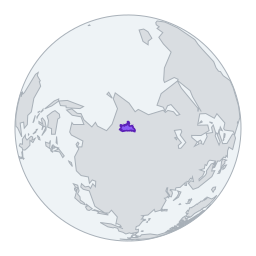 Uttar Pradesh on an orthographic globe, rotated 152°
{"feature_id": "IND-3253", "entity_name": "Uttar Pradesh", "entity_type": "State", "adm_level": 1, "iso_a3": "IND", "parent_name": "India", "parent_adm1": "", "projection": "orthographic", "projection_center": [80.221, 27.157], "detail": "medium", "context": "on_globe", "style": "filled", "palette": "violet", "viewbox_px": 256, "rotation_deg": 152, "n_neighbors": 0, "source": "natural_earth", "source_scale": "10m", "svg_char_len": 11912}
<svg xmlns="http://www.w3.org/2000/svg" viewBox="0 0 256 256"><g transform="rotate(152 128 128)"><circle cx="128" cy="128" r="113" fill="#eef3f6" stroke="#a8b0b8"/><path d="M161.6,20.5L168.3,23.5L173.5,25.7L170.0,24.5L181.8,30.0L187.4,33.9L179.2,28.8L176.9,27.8L179.8,29.9L178.1,29.4L178.5,30.3L176.2,29.6L171.5,27.1L170.0,26.7L172.1,28.3L171.1,28.9L168.2,26.6L166.2,27.4L158.1,24.0L152.2,19.7L145.9,18.4L134.9,16.0L134.0,16.1L129.3,15.8L126.5,15.9L125.2,15.7L124.1,16.1L125.8,16.3L125.9,16.6L124.4,16.8L122.5,16.5L123.0,16.3L121.7,16.4L121.4,16.1L120.7,16.4L118.6,16.2L118.5,16.8L115.0,16.9L114.2,16.7L117.2,16.2L121.0,15.6L129.3,15.4L137.4,15.8L145.6,16.7L153.6,18.3L161.6,20.5ZM107.5,17.2L108.7,17.1L105.2,17.8L100.6,18.8L98.8,19.2L107.5,17.2ZM96.3,19.9L95.9,20.1L90.8,21.7L96.3,19.9ZM177.6,27.6L175.8,26.6L178.1,27.8L177.6,27.6ZM179.0,30.5L180.0,31.1L179.8,31.3L179.0,30.5ZM110.4,16.7L109.6,16.9L110.4,16.7ZM112.2,16.5L112.9,16.4L113.8,16.3L113.4,16.3L112.2,16.5ZM176.0,30.6L175.3,31.1L175.2,30.2L176.0,30.6ZM111.2,16.7L115.4,16.1L117.1,15.9L116.9,16.1L111.2,16.7ZM174.4,31.0L172.8,32.4L174.9,33.5L167.8,31.3L171.6,30.7L171.1,29.3L172.7,30.5L174.4,31.0ZM127.0,16.3L125.1,16.1L128.0,16.1L127.0,16.3ZM128.8,16.2L137.6,16.4L139.6,17.0L136.3,16.7L140.0,17.6L136.6,17.8L133.8,17.3L133.2,16.9L132.4,17.3L128.8,16.2ZM164.2,30.1L163.1,30.1L163.4,29.6L164.2,30.1ZM126.1,16.7L127.7,16.6L129.6,17.1L126.7,17.4L127.0,17.1L126.1,16.7ZM142.6,17.8L143.4,18.4L141.0,18.6L141.0,18.9L136.7,17.8L142.6,17.8ZM125.8,17.1L125.2,17.6L123.0,17.6L124.7,16.9L125.8,17.1ZM131.3,17.1L132.0,17.4L130.6,17.3L131.3,17.1ZM114.7,18.3L116.6,18.0L117.7,18.2L114.7,18.3ZM125.1,17.8L125.8,17.8L126.5,17.9L125.6,18.2L125.1,17.8ZM135.2,18.2L134.0,18.2L136.8,18.6L135.1,19.0L132.6,18.3L132.9,18.7L132.4,18.9L130.9,18.2L135.2,18.2ZM126.7,18.9L122.9,18.4L119.1,18.9L118.0,18.7L124.2,17.9L126.7,18.9ZM129.3,18.5L127.4,18.7L127.0,18.2L128.0,17.8L129.3,18.5ZM134.8,19.5L138.2,19.2L138.6,19.4L134.8,19.5ZM125.7,19.1L126.6,19.2L125.5,19.2L125.7,19.1ZM132.1,19.4L133.2,19.2L133.7,19.5L132.1,19.4ZM127.6,19.7L126.3,19.5L127.0,19.2L127.6,19.7ZM129.7,19.7L130.1,20.0L128.0,19.2L130.1,19.5L129.7,19.7ZM132.4,19.7L133.0,19.7L131.8,19.7L132.4,19.7ZM125.8,21.2L123.0,20.3L124.4,19.5L127.0,20.5L125.8,21.2ZM20.1,95.6L21.6,91.4L24.3,84.7L36.8,72.2L36.7,75.8L43.5,80.7L43.8,82.5L40.1,87.0L42.8,98.9L47.2,96.1L52.5,104.2L58.0,106.8L65.2,97.8L56.2,93.2L57.6,87.6L67.1,87.1L75.3,91.6L76.1,89.6L73.4,83.1L77.8,80.7L72.7,80.6L72.9,83.1L69.7,83.3L69.4,81.0L70.9,80.2L69.2,78.2L62.2,83.2L61.6,86.4L55.4,84.3L53.9,89.4L51.3,90.6L52.9,82.4L54.7,80.1L55.6,70.2L53.2,72.3L52.2,82.0L51.4,80.5L48.1,84.0L50.0,80.3L51.7,69.7L47.8,67.9L38.5,73.6L37.1,72.4L37.9,68.5L45.7,59.9L47.9,63.7L50.7,61.2L53.9,55.8L54.3,57.6L55.9,56.0L57.1,57.4L62.5,55.6L64.3,56.8L69.9,52.6L71.6,52.8L67.8,55.1L66.1,57.6L70.9,61.2L72.9,60.8L76.2,58.0L77.1,59.5L79.7,56.3L84.2,57.3L80.8,53.6L84.6,50.6L89.3,49.6L89.9,48.0L82.3,49.8L79.8,51.2L78.7,53.4L71.4,57.2L68.9,56.8L74.3,50.7L71.4,49.6L76.8,45.7L94.0,42.5L99.4,43.3L100.7,50.7L97.4,52.0L95.3,49.9L94.0,54.6L95.7,52.9L96.4,54.3L100.2,52.2L101.0,53.2L103.4,49.8L104.7,50.7L103.1,52.9L109.9,51.1L113.6,52.7L114.7,51.9L114.9,50.6L119.5,53.8L120.1,53.1L118.9,51.7L119.4,49.5L122.1,46.9L123.6,48.1L122.8,49.2L123.3,53.6L121.0,56.6L121.8,56.9L124.2,54.6L123.6,49.2L124.8,47.3L125.5,49.7L125.4,48.7L126.4,48.2L128.8,48.9L128.2,46.3L137.8,40.1L143.4,41.3L143.0,43.8L151.2,41.8L156.8,44.0L155.7,42.6L158.9,41.2L157.1,40.5L156.8,39.8L164.2,36.6L167.0,37.1L168.9,34.8L168.3,34.2L166.3,33.7L167.8,31.3L174.9,33.5L175.9,34.7L179.7,35.5L181.4,38.3L184.5,41.3L184.2,44.3L186.7,46.6L187.9,46.7L192.2,50.2L196.9,57.6L187.8,51.1L179.7,41.4L182.5,45.2L180.3,44.3L180.4,45.7L182.5,48.6L183.8,48.9L179.2,54.5L181.2,63.2L184.9,61.9L188.4,64.0L194.0,74.4L191.7,90.7L196.3,94.9L197.4,98.1L195.2,100.7L193.5,96.1L190.1,95.0L189.5,92.2L185.3,95.3L184.3,91.4L181.5,96.1L183.9,98.9L188.0,97.3L186.0,103.4L191.7,108.0L193.7,114.5L188.6,127.7L181.3,132.7L181.2,134.8L177.6,133.0L173.9,137.7L181.3,148.4L181.4,151.8L175.0,159.1L174.6,156.7L165.3,151.8L164.2,159.9L171.3,165.5L173.8,172.7L168.6,171.1L166.0,164.8L162.7,162.8L163.1,155.9L159.4,145.9L154.1,148.3L154.1,144.0L148.2,135.7L140.3,138.8L128.2,150.0L127.3,160.6L122.8,165.0L115.4,149.5L114.1,139.0L110.2,139.6L103.7,130.1L88.6,127.2L87.7,124.2L84.6,124.8L80.2,121.0L79.1,116.1L75.9,115.6L79.0,128.5L82.6,129.1L87.2,125.6L87.2,129.9L91.7,134.5L82.6,142.8L62.3,146.3L62.2,138.1L57.0,112.6L58.3,110.4L58.3,110.1L58.4,109.6L55.9,113.0L55.6,108.1L56.3,125.1L55.6,131.8L61.9,146.6L60.9,147.5L63.5,150.9L74.4,151.1L74.0,153.6L67.7,163.9L54.3,174.8L57.3,185.6L58.2,193.6L52.5,195.9L55.6,202.3L53.0,202.7L54.6,205.9L54.0,208.0L52.0,208.8L45.8,204.3L43.3,201.2L37.1,193.0L27.5,174.7L26.9,168.9L25.5,162.8L21.2,146.3L22.0,139.8L21.4,135.7L19.9,134.4L19.4,129.5L18.7,128.1L15.7,122.0L16.2,114.3L19.8,96.7L20.1,95.6ZM29.4,80.5L28.3,82.3L28.2,82.4L29.4,80.5ZM82.0,101.8L88.2,104.1L88.9,97.0L91.4,97.4L90.7,94.9L89.0,96.4L87.8,89.9L91.8,89.0L92.8,86.2L90.8,85.3L83.7,88.1L85.2,97.3L82.3,99.4L82.0,101.8ZM63.7,46.9L62.8,48.5L60.6,49.8L58.4,49.1L61.6,47.1L63.7,46.9ZM62.2,50.5L68.2,45.1L69.8,45.6L67.9,46.2L68.3,47.0L65.4,48.3L61.2,54.4L58.9,56.1L56.0,53.3L58.2,53.2L58.9,51.5L62.2,50.5ZM80.4,33.0L83.0,31.4L83.2,34.4L80.7,35.6L78.3,34.8L79.8,32.9L80.4,33.0ZM110.0,17.5L111.0,17.2L111.5,17.2L111.1,17.5L110.0,17.5ZM115.5,18.1L106.3,19.0L107.0,18.6L100.8,19.9L100.1,19.6L104.1,18.7L99.0,19.6L102.3,18.6L98.7,19.4L107.7,17.5L110.5,16.9L107.6,17.6L108.2,17.9L109.3,17.8L114.4,17.4L120.7,16.7L122.3,17.1L121.7,17.6L120.4,17.8L119.8,17.4L118.5,18.1L116.7,17.7L115.5,18.1ZM114.0,27.3L113.8,26.1L111.0,28.6L109.1,27.7L108.9,28.0L106.4,28.0L102.9,28.6L102.5,28.0L101.4,28.6L99.7,28.6L97.9,29.2L96.6,28.5L94.4,29.2L95.0,28.5L91.5,29.9L93.5,28.5L91.5,28.7L90.6,29.9L87.5,26.1L84.7,26.1L81.2,26.9L85.1,24.9L90.7,23.0L96.7,21.7L98.9,22.3L100.2,21.4L101.6,21.5L100.0,22.1L103.4,21.2L104.1,21.5L109.4,21.3L113.9,20.1L116.0,20.2L114.6,20.8L117.6,20.4L116.4,21.7L117.8,21.8L118.1,23.2L114.6,24.6L116.5,24.6L116.7,26.0L114.0,27.3ZM125.7,21.6L122.0,23.1L119.1,23.4L119.9,20.7L118.7,20.5L119.1,19.1L123.3,18.7L122.8,19.1L123.3,19.4L121.8,19.4L123.4,19.7L122.7,20.3L123.8,20.7L122.3,21.1L125.7,21.6ZM46.0,81.5L46.7,82.4L48.0,83.2L46.0,85.6L46.0,81.5ZM47.1,74.3L47.9,74.6L45.7,78.0L45.0,77.1L47.1,74.3ZM50.2,72.0L48.1,74.3L48.9,72.6L50.2,72.0ZM68.7,55.3L69.8,55.6L69.2,56.4L67.7,57.1L68.7,55.3ZM105.1,35.7L105.4,34.7L106.2,34.6L109.0,32.6L110.6,33.3L109.6,34.8L105.1,35.7ZM62.6,98.8L59.9,99.9L59.6,98.5L60.5,98.4L62.6,98.8ZM51.7,92.5L53.3,95.2L51.1,93.2L51.7,92.5ZM107.3,36.1L108.3,35.2L108.5,36.1L107.3,36.1ZM111.9,33.7L112.5,34.6L111.1,33.1L111.9,33.7ZM113.4,236.5L115.4,237.2L113.5,237.1L113.4,236.5ZM74.1,197.4L72.2,209.3L67.7,208.0L65.2,203.7L64.8,196.0L69.4,195.2L71.2,192.0L74.1,197.4ZM197.5,184.2L200.1,183.8L200.0,184.3L197.5,184.2ZM194.8,183.4L197.9,182.7L194.2,184.5L194.8,183.4ZM199.1,182.4L202.2,180.7L203.6,179.5L203.3,180.5L199.1,182.4ZM192.7,184.0L180.5,186.5L175.5,186.2L176.8,184.3L184.9,183.3L192.7,184.0ZM176.4,184.3L168.6,180.8L157.2,167.8L161.3,167.7L173.1,174.9L172.4,176.5L177.1,179.5L176.4,184.3ZM194.7,172.0L193.9,176.5L187.3,177.7L184.3,177.6L182.1,172.4L183.3,169.2L185.9,168.8L195.2,156.7L198.5,158.4L195.8,163.3L198.5,166.5L194.7,172.0ZM127.9,161.6L130.8,167.8L128.2,168.7L127.9,161.6ZM198.4,148.7L195.0,154.1L197.9,147.3L198.4,148.7ZM199.8,142.5L200.3,144.7L198.6,142.9L199.8,142.5ZM181.5,138.0L178.9,139.1L178.6,137.4L181.8,135.2L181.5,138.0ZM195.2,120.1L196.1,125.0L195.9,126.7L194.2,124.1L195.2,120.1ZM122.4,42.6L116.7,44.4L113.7,46.6L113.7,49.1L111.3,46.6L115.9,43.2L122.4,42.6ZM135.8,40.2L135.8,38.3L137.4,38.8L137.6,39.3L135.8,40.2ZM134.6,39.3L131.6,37.7L132.6,36.5L134.8,37.9L134.6,39.3ZM119.3,36.4L117.5,36.8L117.3,36.0L119.3,36.4ZM208.1,207.2L208.4,206.8L206.5,208.8L205.2,209.7L206.8,207.1L204.8,209.0L207.8,205.6L204.4,209.1L204.8,207.4L202.8,207.9L184.5,218.8L181.2,219.2L183.5,216.8L183.3,210.8L184.5,210.6L185.5,205.9L197.1,198.5L205.8,187.6L210.6,186.2L215.3,178.3L219.7,176.5L217.4,182.2L220.9,183.0L226.0,170.0L225.4,180.2L226.2,182.1L223.2,188.2L220.9,191.8L214.8,199.8L208.1,207.2ZM237.4,154.3L237.7,153.4L237.6,153.7L237.4,154.3ZM203.9,182.7L207.8,178.2L209.6,177.2L203.9,182.7ZM237.5,153.4L237.2,154.1L237.3,153.4L237.5,153.4ZM237.8,151.9L237.9,151.0L237.7,152.7L237.8,151.9ZM237.3,151.3L237.6,152.0L237.3,151.6L237.3,151.3ZM237.0,152.0L236.7,151.9L236.7,151.6L237.0,152.0ZM230.8,159.9L232.4,163.3L230.6,164.8L228.8,163.2L226.5,167.7L221.9,170.1L223.2,167.5L222.8,164.8L217.4,166.2L216.4,164.7L218.5,162.4L214.7,162.5L218.8,159.8L220.4,163.2L222.7,158.8L226.2,157.6L229.3,156.9L231.4,158.2L230.8,159.9ZM218.5,168.8L219.2,168.5L218.5,170.0L218.5,168.8ZM236.0,150.8L236.5,151.9L236.4,152.5L236.1,152.7L236.0,150.8ZM232.0,157.1L234.4,151.7L234.9,151.3L233.2,156.5L232.0,157.1ZM234.0,150.0L235.0,149.5L235.3,150.9L235.1,151.6L234.0,150.0ZM210.0,168.6L209.7,169.8L208.6,169.4L210.0,168.6ZM211.5,167.4L214.9,167.3L211.1,168.5L211.5,167.4ZM200.3,167.0L201.5,169.4L205.0,166.6L202.3,169.9L204.5,173.7L203.6,175.6L201.5,171.5L200.4,176.7L198.8,177.1L198.1,173.1L199.8,167.3L201.4,164.7L207.7,161.8L200.3,167.0ZM211.5,164.1L210.6,161.2L211.3,158.8L212.3,160.1L211.5,164.1ZM207.5,154.3L204.7,151.4L202.3,153.5L206.8,146.7L208.8,150.7L207.5,154.3ZM204.7,146.7L202.5,148.7L204.5,144.8L204.7,146.7ZM201.8,147.5L201.3,144.9L203.1,144.8L201.8,147.5ZM205.8,146.4L205.8,141.7L206.9,144.1L205.8,146.4ZM199.7,139.1L204.2,142.4L198.9,142.0L197.4,133.3L199.5,132.5L199.7,139.1ZM203.5,100.0L202.2,97.7L203.8,96.5L204.2,98.4L203.5,100.0ZM207.8,91.3L203.8,95.5L200.4,99.1L202.1,99.8L202.4,104.4L199.3,101.1L200.7,95.5L203.5,93.5L202.7,89.8L204.0,86.7L201.9,82.6L202.0,80.4L204.9,83.6L207.8,91.3ZM200.8,80.9L197.5,73.5L201.0,73.4L202.5,74.9L202.6,78.3L200.7,78.2L200.8,80.9ZM197.7,71.8L195.9,71.6L187.1,62.3L186.2,60.4L194.7,67.0L193.4,67.3L194.9,69.7L197.7,71.8ZM164.1,30.7L163.2,30.2L164.4,30.5L164.1,30.7ZM155.8,39.4L155.6,38.5L157.1,38.7L155.8,39.4ZM155.8,36.1L154.3,36.5L155.3,35.6L155.8,36.1ZM151.0,37.5L153.4,36.4L152.0,38.2L151.0,37.5Z" fill="#d9dde1" stroke="#a8b0b8" stroke-width="1"/><path d="M132.3,126.9L132.4,127.3L133.1,127.4L133.3,127.6L133.5,127.3L134.4,127.6L134.7,128.4L135.0,128.4L135.1,128.7L135.3,128.9L134.8,128.9L134.7,129.1L134.5,129.3L135.0,129.4L135.0,129.6L134.6,129.8L135.1,130.3L135.3,130.3L135.8,130.6L135.6,130.7L135.3,130.6L135.2,130.9L134.9,130.7L133.6,131.8L133.6,132.4L133.9,132.7L133.9,133.1L133.7,133.2L133.8,133.4L133.4,134.2L132.9,134.3L132.5,134.0L132.4,133.8L132.6,133.5L132.5,133.1L132.5,132.7L131.9,132.8L131.7,132.9L131.5,132.5L131.1,132.5L130.9,132.2L130.4,132.1L130.3,131.8L130.1,132.0L129.8,131.9L129.6,132.4L129.0,132.3L129.1,131.8L128.8,131.9L128.9,132.1L128.6,131.9L128.4,132.0L128.5,132.2L128.1,132.2L128.4,131.9L128.1,131.4L127.3,131.8L126.8,131.9L126.5,132.1L126.6,131.7L126.4,131.8L126.4,131.5L126.3,131.9L125.9,131.9L125.8,131.7L125.6,131.9L125.8,131.4L125.6,131.2L125.5,131.4L125.4,131.2L125.3,131.3L125.3,131.5L125.1,131.4L125.0,131.7L125.3,132.5L125.3,132.9L125.6,133.0L125.8,133.4L125.5,133.8L124.9,133.4L124.7,133.6L124.4,133.2L124.5,132.9L124.3,132.5L124.6,132.2L124.7,131.8L124.5,131.4L124.7,131.1L125.4,131.0L125.4,130.7L125.8,130.1L125.7,129.8L126.0,129.6L125.9,129.4L125.7,128.9L124.7,128.6L124.5,128.4L124.4,128.4L124.1,128.5L123.6,128.4L123.0,128.7L123.6,128.2L123.2,128.1L123.5,127.9L122.9,127.0L122.9,126.7L123.3,126.4L123.2,126.1L123.4,125.8L122.8,124.7L122.7,123.5L122.7,123.0L122.9,122.4L123.7,121.6L124.1,121.9L123.8,122.4L123.9,123.0L124.2,122.9L124.5,123.0L124.5,122.5L125.3,123.3L125.8,123.5L125.4,123.8L125.8,124.2L126.0,124.1L126.5,124.4L126.7,124.7L127.3,124.6L127.6,124.9L127.8,124.7L128.5,125.2L129.2,125.5L129.6,125.6L129.9,126.1L130.0,126.0L130.8,126.6L131.1,126.5L131.8,126.9L132.3,126.9Z" fill="#8b5cf6" stroke="#5b21b6" stroke-width="1.5"/></g></svg>